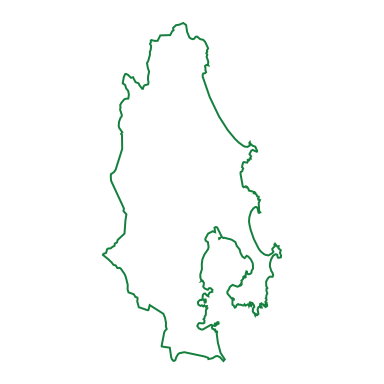 Song Cau, Phú Yên, Vietnam
{"feature_id": "81297802B65581648571900", "entity_name": "Song Cau", "entity_type": "district", "adm_level": 2, "iso_a3": "VNM", "parent_name": "Vietnam", "parent_adm1": "Phú Yên", "projection": "equal_earth", "projection_center": [109.244, 13.527], "detail": "fine", "context": "isolated", "style": "outline", "palette": "green", "viewbox_px": 384, "rotation_deg": 0, "n_neighbors": 0, "source": "geoboundaries", "source_scale": "gbopen_adm2", "svg_char_len": 6049}
<svg xmlns="http://www.w3.org/2000/svg" viewBox="0 0 384 384"><path d="M175.4,360.0L176.3,357.1L178.0,354.3L179.4,353.2L184.3,352.2L204.6,356.5L208.1,357.8L208.4,359.1L212.6,358.2L215.5,356.3L217.4,356.0L220.0,357.2L223.4,361.0L224.8,359.4L220.6,353.0L217.9,342.7L216.7,333.8L217.2,331.9L216.7,331.3L215.6,331.7L215.1,329.7L214.4,330.0L213.8,329.1L212.4,328.7L212.0,327.6L212.3,325.3L211.3,324.8L210.2,325.2L203.0,329.4L201.6,329.6L198.8,328.3L197.3,326.0L198.1,324.1L199.1,323.1L203.3,323.4L204.4,322.8L204.4,320.3L203.5,319.2L204.5,318.2L204.7,316.4L205.8,315.0L205.9,310.2L207.3,308.1L206.3,307.7L206.8,306.1L205.2,306.3L204.3,305.3L203.1,306.4L201.9,305.3L200.6,305.9L198.5,304.8L197.9,302.9L198.1,301.7L200.2,299.8L201.1,300.2L202.7,299.6L204.1,300.0L204.7,302.6L205.5,302.5L205.9,301.6L205.6,299.5L203.5,299.7L202.4,298.9L202.9,294.8L204.1,293.6L205.3,293.6L206.9,295.5L208.3,296.2L208.1,295.1L209.7,292.5L212.2,291.8L212.0,291.4L212.5,290.0L210.6,288.2L209.1,288.2L207.8,289.8L205.1,288.7L203.7,287.5L203.2,286.3L203.7,285.2L203.9,282.9L202.6,280.8L201.5,281.1L202.1,280.4L201.1,279.9L200.4,277.6L200.3,274.4L201.9,269.3L201.8,264.0L202.4,259.4L204.4,254.5L208.0,249.3L208.6,247.2L207.9,242.1L206.0,241.0L205.3,239.7L205.5,238.4L208.1,233.6L212.7,231.3L215.1,232.2L214.5,227.7L215.9,227.0L217.2,227.5L222.0,237.3L223.4,238.0L224.0,237.7L231.5,239.6L235.4,242.1L236.8,246.0L239.6,249.4L240.5,253.0L242.5,256.7L244.7,258.1L246.6,255.8L248.3,256.6L250.8,259.4L252.6,262.9L252.9,264.6L253.0,268.6L251.7,270.7L251.3,273.0L250.2,273.9L248.3,274.3L247.0,273.4L247.0,271.7L246.4,271.4L245.6,274.4L245.7,277.1L244.8,277.7L244.1,277.2L244.0,276.4L243.4,276.7L243.0,279.1L241.4,280.7L241.8,281.7L241.1,283.6L241.7,284.0L241.2,285.2L240.1,285.7L239.9,285.0L238.7,286.3L237.6,286.7L232.5,284.9L229.8,287.0L229.1,289.0L227.4,291.6L227.4,293.5L231.7,298.6L232.5,298.8L232.8,298.3L233.9,299.1L233.9,300.5L233.4,299.2L232.5,300.1L232.4,304.2L232.6,304.9L233.7,305.5L234.8,307.6L235.6,307.3L236.7,305.0L238.1,304.1L238.8,304.7L240.5,304.7L243.1,305.5L243.8,305.4L244.5,304.3L245.6,305.6L248.0,304.3L248.7,304.7L249.0,305.8L249.5,304.5L250.2,304.5L250.7,305.8L251.3,306.1L251.5,305.1L250.3,304.3L249.6,302.9L250.0,302.3L252.4,303.0L253.9,305.3L254.3,306.9L252.9,308.7L252.8,311.3L253.6,312.8L254.5,313.1L255.2,315.2L255.6,314.1L256.3,314.2L256.5,315.2L257.1,315.2L258.4,313.9L257.6,309.5L258.4,307.2L259.7,306.5L260.6,307.5L261.7,307.6L261.6,306.9L260.0,305.5L260.2,303.9L261.3,303.4L261.8,304.3L262.9,304.7L263.0,305.4L263.2,304.7L264.0,305.6L264.3,305.0L265.2,305.5L265.3,306.3L265.9,306.2L265.9,306.8L266.6,306.5L266.7,305.3L267.1,305.4L267.0,304.3L266.0,303.9L266.3,303.2L265.7,303.3L265.4,301.8L266.4,300.6L266.5,299.2L265.8,298.4L266.2,297.9L266.4,295.4L267.3,293.3L266.4,290.7L266.5,288.9L267.4,288.1L266.3,286.3L266.1,281.7L267.8,278.5L268.9,277.3L270.2,276.6L272.5,276.8L273.2,275.3L272.5,272.8L271.3,271.0L269.9,266.5L270.0,263.3L271.1,259.4L273.0,255.9L275.5,254.2L277.2,254.7L277.6,257.0L278.2,257.8L280.8,257.4L281.1,255.7L280.0,252.8L280.8,250.2L278.5,248.4L278.6,246.2L277.3,246.6L275.0,243.7L274.4,244.5L274.7,246.4L272.4,248.6L272.3,249.7L273.4,251.7L272.5,253.1L268.5,255.4L265.4,254.8L263.8,254.0L261.0,251.7L258.8,248.9L253.9,239.2L250.7,230.0L249.6,225.3L249.0,221.5L249.4,217.0L251.1,211.5L253.4,208.4L255.2,207.1L256.3,207.0L257.5,208.0L258.5,212.7L259.0,212.9L260.2,212.4L259.2,211.2L258.7,203.0L260.0,200.1L258.4,199.8L258.1,198.7L258.7,198.3L258.7,196.7L257.2,196.4L256.5,194.5L255.4,194.0L255.3,192.9L253.9,193.1L254.2,192.0L248.8,190.5L248.6,189.2L247.2,187.0L246.3,187.4L245.8,186.3L243.6,187.2L242.8,186.5L240.5,173.8L240.7,172.0L242.1,171.3L243.2,168.4L242.0,167.1L242.9,163.1L243.6,162.1L247.2,162.6L247.8,161.5L247.8,159.8L248.5,159.6L249.3,160.1L250.1,158.4L250.7,158.5L250.4,157.5L251.1,156.3L249.5,154.2L251.2,150.8L252.6,149.9L256.3,151.6L256.9,151.7L257.2,151.1L255.3,146.7L252.4,145.6L250.6,143.8L250.2,144.1L249.8,142.2L249.4,142.7L249.8,145.5L247.5,146.9L244.8,146.6L243.3,145.9L238.5,142.3L235.1,139.0L227.8,130.2L219.1,116.6L209.7,97.0L202.7,76.7L202.7,74.8L203.2,73.5L205.1,73.2L206.1,72.2L205.4,70.1L205.5,68.1L205.0,66.1L206.5,64.9L208.3,65.4L207.9,64.5L208.3,62.2L208.0,60.7L206.6,56.7L207.3,54.8L206.3,53.1L207.3,51.8L206.9,50.6L208.1,48.3L205.1,41.8L203.2,39.8L200.1,39.1L197.1,36.6L195.7,36.8L194.1,38.8L192.9,39.2L191.2,38.7L189.4,37.5L187.1,31.8L186.1,25.0L183.2,23.0L179.3,24.7L176.0,25.2L173.2,27.9L173.1,28.8L173.6,30.1L172.1,31.4L170.2,35.1L160.3,35.4L157.6,40.8L154.9,40.9L151.3,40.1L150.8,40.5L150.8,42.5L150.0,43.9L151.1,45.8L151.1,46.9L150.6,50.2L149.8,51.9L150.0,54.4L148.3,60.8L147.0,63.1L147.9,68.3L149.1,71.6L148.1,76.3L148.0,79.5L148.5,82.4L148.1,84.3L144.5,85.3L143.5,86.6L143.0,88.7L142.2,88.8L139.4,85.1L138.6,83.3L135.5,82.1L133.0,77.2L131.0,77.8L128.1,74.9L126.1,73.9L125.1,74.2L123.8,77.1L122.7,83.3L125.2,85.1L126.2,88.5L128.2,90.9L128.9,94.7L128.3,98.6L125.5,98.8L124.3,99.4L121.6,102.5L120.2,105.0L120.5,107.2L120.1,109.6L121.9,115.3L121.4,116.9L120.4,118.0L119.0,122.0L118.7,126.0L119.2,127.9L122.3,132.3L121.1,134.0L122.0,134.9L122.2,148.9L115.7,169.5L114.1,172.0L110.9,174.2L110.8,177.0L111.1,180.8L123.9,208.4L123.5,211.1L126.4,214.3L125.4,220.8L124.6,232.2L124.4,233.7L117.7,239.9L117.0,242.4L114.8,243.6L114.4,246.0L112.6,246.7L110.8,248.3L107.9,248.6L107.1,249.3L106.1,252.9L103.4,253.9L102.9,254.9L108.0,259.0L111.6,262.4L113.5,264.9L115.7,265.4L117.3,268.0L119.6,267.9L120.7,268.5L124.6,274.1L125.8,277.0L127.7,284.7L127.6,289.5L128.5,292.4L133.7,294.2L135.5,297.0L137.3,297.5L137.6,298.7L137.2,301.3L138.8,307.2L147.6,310.2L148.4,310.1L149.7,305.1L163.4,313.8L165.0,317.8L166.0,322.8L165.9,326.5L166.7,329.0L164.7,331.2L164.1,333.0L161.6,346.1L161.8,346.5L169.8,347.7L171.2,357.3L171.8,359.0L173.4,360.9L174.2,360.9L175.4,360.0ZM218.6,323.7L218.5,322.3L217.4,322.2L216.7,323.2L214.8,323.6L214.6,325.2L214.1,325.8L214.9,326.0L216.0,325.4L216.6,324.6L218.6,323.7ZM219.2,238.9L219.9,238.4L220.1,237.9L219.0,238.2L219.2,238.9Z" fill="none" stroke="#15803d" stroke-width="2"/></svg>